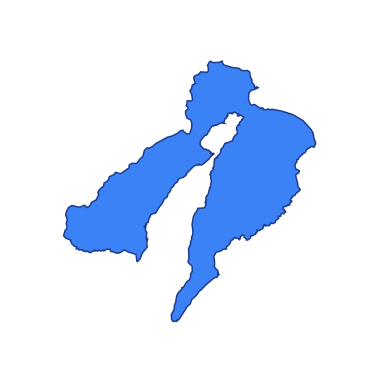 outline of Kota Ambon, Maluku, Indonesia, rotated 334°
{"feature_id": "22746128B58388026658287", "entity_name": "Kota Ambon", "entity_type": "district", "adm_level": 2, "iso_a3": "IDN", "parent_name": "Indonesia", "parent_adm1": "Maluku", "projection": "albers", "projection_center": [128.177, -3.684], "detail": "fine", "context": "isolated", "style": "filled", "palette": "blue", "viewbox_px": 384, "rotation_deg": 334, "n_neighbors": 0, "source": "geoboundaries", "source_scale": "gbopen_adm2", "svg_char_len": 6091}
<svg xmlns="http://www.w3.org/2000/svg" viewBox="0 0 384 384"><g transform="rotate(334 192 192)"><path d="M297.2,127.3L296.1,125.6L294.1,125.7L293.9,125.2L294.8,123.2L293.8,119.4L295.0,117.7L295.0,113.7L296.3,109.8L296.2,108.7L294.5,106.7L292.2,106.0L289.2,103.8L289.0,102.2L287.6,100.8L283.1,98.0L277.3,92.7L276.2,91.5L276.0,89.3L276.6,87.9L276.2,87.4L273.4,87.5L267.3,84.7L266.1,82.7L264.9,82.6L261.4,85.0L261.4,86.4L259.9,90.3L258.3,91.1L252.3,87.8L250.4,88.9L245.2,88.9L243.9,89.6L243.2,91.4L242.5,96.0L239.3,95.9L236.6,99.1L234.6,99.9L234.4,104.5L232.8,109.6L231.0,109.9L228.5,108.1L227.3,108.2L226.4,110.2L224.5,111.9L225.4,114.3L224.9,115.6L221.8,116.3L220.4,119.1L219.9,123.5L222.4,126.5L222.3,128.7L221.2,131.8L219.4,134.7L215.8,138.2L214.7,138.4L212.9,137.7L210.7,133.2L210.9,132.5L209.5,132.1L207.5,132.0L205.0,132.9L198.6,132.9L193.9,132.0L180.5,132.6L176.6,133.8L174.0,133.9L172.1,133.6L171.1,132.6L167.4,133.8L163.5,138.4L159.7,139.5L155.8,141.7L154.0,141.8L150.9,140.0L148.6,139.9L147.2,140.4L146.1,142.7L137.2,144.1L135.5,144.1L131.9,140.8L129.1,142.2L124.4,142.0L122.5,144.3L119.9,145.2L116.9,145.4L114.9,148.1L112.4,148.4L108.4,150.0L107.1,151.4L106.8,153.8L102.3,157.1L97.0,157.3L95.3,159.0L93.3,159.8L90.5,159.8L90.1,157.6L89.3,156.7L85.0,156.5L82.6,155.3L78.3,151.5L74.3,151.8L71.0,154.1L68.4,157.1L67.9,161.8L65.0,165.4L64.6,168.2L63.4,170.1L61.2,170.8L57.4,175.0L58.4,178.2L61.9,182.2L61.3,183.8L61.3,186.0L62.6,189.4L64.2,190.6L63.1,192.5L64.4,192.6L65.0,194.6L65.9,194.6L67.6,196.0L68.5,196.0L68.6,197.9L69.9,198.1L70.6,198.5L70.5,199.0L72.0,199.5L73.9,202.0L77.5,201.7L78.4,202.3L79.2,201.6L79.4,202.6L80.6,202.7L81.1,203.7L82.0,203.4L83.3,203.9L84.0,205.1L85.6,205.2L86.2,205.9L87.3,205.4L87.9,206.5L89.2,205.9L90.7,206.2L93.3,207.6L92.8,209.1L93.3,210.2L94.6,210.8L96.3,213.0L99.0,214.7L100.7,215.0L105.9,214.4L107.9,217.4L114.3,223.5L112.1,230.3L112.7,230.6L115.9,229.4L120.6,225.1L127.6,221.9L129.2,217.4L131.4,215.1L131.6,214.3L130.9,213.7L131.0,215.1L130.3,215.0L130.6,213.7L133.7,208.3L133.3,207.1L134.2,204.2L134.0,202.6L135.1,203.3L135.6,202.1L135.2,201.6L136.2,201.5L136.0,200.8L136.4,201.4L136.8,201.3L136.4,200.5L136.7,200.1L139.4,200.1L141.1,197.6L145.3,194.3L148.7,194.5L149.0,195.0L150.8,194.6L155.8,191.3L160.4,189.1L163.8,186.3L167.5,185.6L170.0,182.7L172.2,182.2L175.2,179.4L177.9,178.8L179.5,177.2L183.2,176.5L185.7,174.5L187.8,174.4L190.5,175.0L193.8,174.4L195.7,172.8L204.9,169.6L208.8,170.0L209.9,170.8L210.7,170.2L211.3,171.3L212.8,171.9L215.7,171.5L222.4,169.6L223.5,168.6L228.4,167.4L228.3,166.7L225.7,166.4L225.6,165.2L226.7,164.8L225.6,163.3L225.7,162.2L223.6,160.5L223.2,159.5L221.7,158.9L220.9,157.0L220.0,153.6L221.1,150.8L222.5,149.5L228.1,146.8L228.8,146.7L229.4,147.4L231.2,146.7L233.3,144.7L234.4,144.9L236.1,142.9L239.2,141.5L239.9,142.1L242.4,142.0L242.6,142.6L243.4,142.7L248.4,142.6L251.3,144.5L250.6,143.1L251.4,143.3L253.8,140.4L254.6,140.9L256.6,139.6L257.3,139.6L257.8,138.9L257.1,138.5L258.8,137.1L261.8,138.2L262.5,138.6L261.9,138.9L262.4,139.4L264.5,138.8L265.7,139.2L267.5,142.1L266.4,142.8L266.4,143.6L267.2,144.1L268.1,143.6L268.0,144.2L269.5,144.3L271.2,147.2L269.8,148.6L268.5,148.5L267.9,149.4L264.9,150.6L264.0,151.7L264.0,152.6L263.0,151.9L260.5,153.4L259.3,155.7L259.6,157.2L258.6,158.7L257.4,159.8L255.7,159.9L252.6,161.7L250.8,164.0L248.8,163.3L245.9,163.6L245.1,162.9L242.8,162.8L239.3,165.5L236.7,166.3L235.0,169.0L232.9,170.3L231.6,170.3L230.2,171.9L229.3,172.0L229.1,171.4L228.3,172.2L226.6,172.2L222.8,178.9L221.1,179.5L221.1,181.4L218.8,181.6L217.3,182.5L217.0,183.9L216.0,183.9L215.5,187.3L214.7,188.1L214.5,190.0L213.5,191.6L210.7,195.7L210.0,195.8L210.2,196.2L208.6,197.3L205.9,200.7L203.9,202.1L203.4,201.9L201.9,203.3L202.0,203.9L200.2,206.1L200.4,206.8L199.6,207.0L199.9,207.8L199.2,207.7L198.9,210.0L196.4,211.4L195.4,211.4L190.2,209.3L187.0,211.8L184.6,212.9L182.2,215.1L177.9,221.0L175.3,228.5L172.8,232.0L172.1,232.1L171.0,234.3L168.7,236.3L167.9,238.1L164.0,241.5L160.3,250.0L158.0,252.7L157.9,254.6L159.3,257.8L159.4,259.3L157.4,263.4L154.9,265.0L153.1,268.3L151.3,269.8L148.4,270.3L142.3,273.9L140.9,273.6L140.8,274.6L135.6,276.4L132.8,278.6L128.9,284.0L126.4,286.2L125.3,288.6L123.9,290.2L119.6,293.2L117.8,297.8L118.4,300.2L119.2,300.1L121.5,301.4L122.2,301.3L122.2,300.6L123.4,300.7L123.1,301.1L125.0,300.5L135.8,294.0L136.0,293.4L141.3,291.8L144.6,288.5L150.7,286.8L155.2,284.2L156.6,284.2L163.5,281.6L174.2,278.9L177.0,279.6L177.6,278.8L178.8,278.7L179.0,277.5L180.1,277.9L179.8,276.3L180.3,275.8L179.9,275.3L180.8,274.2L179.4,270.3L179.6,268.5L181.6,265.0L183.4,259.4L187.0,257.0L188.6,256.8L190.7,257.6L195.8,257.2L196.9,258.2L198.1,258.2L199.0,256.3L201.5,255.9L204.2,254.5L204.9,253.1L208.0,252.7L209.8,251.6L213.2,254.2L213.6,255.6L214.4,255.4L216.0,253.4L218.8,252.8L219.6,254.0L219.0,255.4L220.3,257.9L219.8,259.0L221.2,259.6L224.3,258.9L225.4,257.1L226.3,257.7L230.8,257.7L230.8,257.1L233.6,256.3L233.6,254.7L235.7,256.1L239.6,255.9L242.5,252.7L243.4,253.3L243.0,254.6L245.6,255.4L246.2,256.0L247.9,255.6L249.3,254.4L250.7,255.8L253.4,255.9L254.6,254.4L258.5,253.5L258.8,251.7L261.1,252.6L262.2,251.1L264.0,250.8L265.0,251.9L266.3,250.4L267.1,250.6L267.5,251.7L267.3,248.6L266.5,247.2L267.3,245.4L269.5,246.0L270.5,245.7L271.2,246.2L272.3,245.7L272.9,246.2L272.9,245.6L273.8,245.6L274.4,246.1L274.6,245.3L277.5,244.3L277.7,243.7L276.7,242.7L277.1,241.9L279.5,240.9L280.5,239.9L282.7,240.2L285.9,238.3L286.7,238.6L289.8,237.7L290.4,237.0L289.5,233.6L290.5,231.3L292.2,223.3L293.3,221.6L295.5,221.7L297.2,221.0L297.7,219.8L295.3,216.5L295.9,213.8L297.0,212.3L299.6,210.7L300.3,209.0L301.8,209.2L303.5,207.8L309.1,206.2L310.8,206.2L313.9,204.1L319.6,203.4L321.1,205.2L322.6,204.3L324.5,202.6L325.5,195.8L326.6,192.3L326.4,187.9L323.1,176.5L317.0,167.3L314.1,164.1L313.0,164.0L312.7,162.8L307.1,157.8L300.4,152.9L297.5,151.8L296.8,150.7L295.3,150.7L292.5,149.3L292.7,148.1L291.6,146.7L290.3,147.2L286.7,140.9L285.4,140.2L283.9,140.4L282.9,139.1L283.2,134.1L285.3,129.9L287.2,127.5L290.8,126.5L292.3,127.2L297.2,127.3Z" fill="#3b82f6" stroke="#1e3a8a" stroke-width="1.5"/></g></svg>